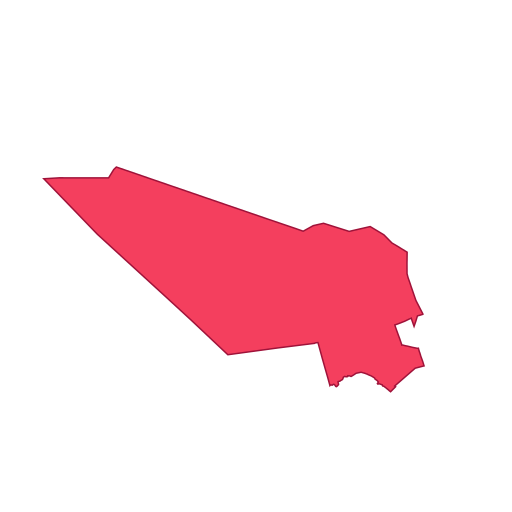 the district of Santo Domingo Tomaltepec, Oaxaca, Mexico, rotated 233°
{"feature_id": "50627088B74406659640809", "entity_name": "Santo Domingo Tomaltepec", "entity_type": "district", "adm_level": 2, "iso_a3": "MEX", "parent_name": "Mexico", "parent_adm1": "Oaxaca", "projection": "albers", "projection_center": [-96.619, 17.07], "detail": "fine", "context": "isolated", "style": "filled", "palette": "rose", "viewbox_px": 512, "rotation_deg": 233, "n_neighbors": 0, "source": "geoboundaries", "source_scale": "gbopen_adm2", "svg_char_len": 2030}
<svg xmlns="http://www.w3.org/2000/svg" viewBox="0 0 512 512"><g transform="rotate(233 256 256)"><path d="M168.1,379.0L175.2,376.2L176.6,375.7L184.6,372.4L188.4,371.9L195.9,370.9L200.9,368.9L210.8,364.9L219.6,345.2L241.5,329.6L245.8,320.0L247.4,308.6L254.2,304.1L279.3,287.0L316.6,261.8L335.4,249.1L365.9,228.5L411.1,198.0L410.7,194.5L407.1,185.3L436.9,145.8L445.4,133.0L368.8,142.4L279.3,159.1L244.5,165.5L194.1,174.1L169.4,218.2L151.0,250.2L150.9,251.1L149.6,253.4L134.0,247.2L125.0,243.7L115.9,240.2L108.1,237.1L108.2,237.4L108.0,238.1L106.9,239.3L107.0,240.5L106.4,241.1L105.5,241.3L103.9,241.2L103.3,241.5L103.2,242.2L103.4,243.3L103.6,244.4L103.9,244.8L105.7,245.5L106.3,246.0L106.0,246.7L105.7,247.2L105.5,247.9L105.6,248.3L105.3,250.7L106.0,252.0L106.6,252.7L106.5,253.0L106.6,253.6L106.5,254.3L105.7,254.9L105.0,255.7L104.8,256.4L105.0,256.8L104.6,256.8L104.7,257.7L104.4,258.3L102.6,259.4L102.4,260.7L102.2,263.3L102.1,265.4L99.9,270.0L96.6,272.5L95.1,273.4L94.7,273.8L93.8,274.1L90.8,275.9L87.2,277.3L86.0,277.0L83.7,277.8L81.7,277.9L81.1,276.2L80.4,276.2L79.7,277.6L77.1,279.3L76.5,279.0L75.8,279.0L75.1,279.7L69.3,281.2L68.0,281.4L67.7,281.5L67.1,281.7L66.6,281.8L67.6,288.8L68.7,288.5L70.6,315.6L67.1,324.1L67.5,324.2L68.8,324.7L71.8,325.8L77.1,327.4L78.0,327.8L80.3,328.6L80.6,328.7L81.1,328.8L81.8,329.1L82.1,329.2L83.7,329.8L84.6,330.2L84.8,329.8L85.3,329.2L87.0,327.7L89.0,325.9L91.2,324.1L92.9,322.7L94.1,321.6L94.8,321.0L96.7,319.5L97.1,318.8L98.0,319.2L101.7,320.4L103.2,320.9L107.2,322.1L111.4,323.4L111.5,323.4L113.0,323.9L116.1,324.9L117.4,325.4L117.1,326.2L116.4,328.4L116.4,328.5L116.1,329.4L115.8,330.5L115.5,331.4L115.3,332.4L115.0,333.4L114.7,334.4L114.4,335.5L113.5,340.1L112.9,342.6L112.1,342.3L111.9,342.2L104.7,339.9L107.6,344.2L110.1,347.6L111.0,348.9L110.0,351.4L109.0,354.2L109.3,354.4L122.7,356.7L124.4,357.0L132.7,359.7L136.7,361.0L138.0,361.4L138.6,361.6L140.6,362.3L147.4,364.5L151.0,366.0L159.6,372.4L161.5,373.9L168.1,379.0Z" fill="#f43f5e" stroke="#9f1239" stroke-width="1.5"/></g></svg>